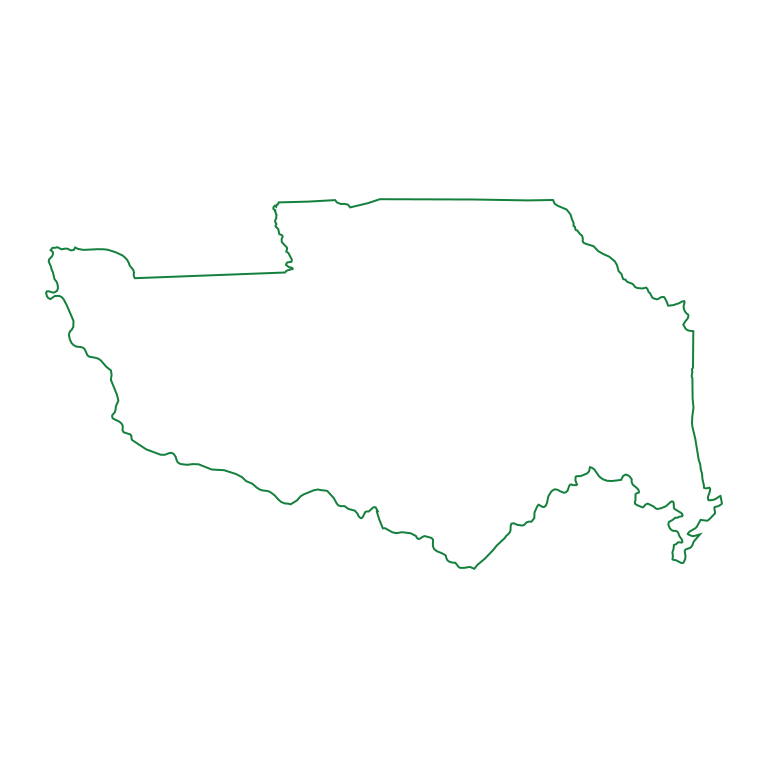 Mopeia, Zambezia, Mozambique (Albers equal-area conic projection)
{"feature_id": "85939544B50332228011696", "entity_name": "Mopeia", "entity_type": "district", "adm_level": 2, "iso_a3": "MOZ", "parent_name": "Mozambique", "parent_adm1": "Zambezia", "projection": "albers", "projection_center": [36.206, -17.867], "detail": "fine", "context": "isolated", "style": "outline", "palette": "green", "viewbox_px": 768, "rotation_deg": 0, "n_neighbors": 0, "source": "geoboundaries", "source_scale": "gbopen_adm2", "svg_char_len": 6069}
<svg xmlns="http://www.w3.org/2000/svg" viewBox="0 0 768 768"><path d="M115.6,409.6L114.8,412.2L112.2,415.3L112.3,417.5L113.1,418.6L119.2,421.6L121.4,423.4L122.4,425.1L122.8,426.6L122.5,430.3L123.7,432.3L130.2,434.4L131.2,435.5L131.7,439.4L132.3,440.2L146.3,449.4L160.6,454.7L164.8,454.8L169.5,453.0L171.4,452.9L172.6,453.3L173.9,454.2L175.7,456.9L176.7,460.3L177.7,462.3L180.4,464.0L187.0,464.8L192.8,464.1L198.6,464.3L211.7,469.5L224.1,470.2L235.9,474.0L242.1,477.2L246.1,481.1L252.3,483.7L256.6,487.5L259.7,489.5L262.4,490.4L267.4,491.0L270.0,491.9L274.4,495.1L278.3,499.5L281.1,501.9L284.6,503.4L288.3,503.7L290.7,504.3L297.1,500.3L300.7,496.2L303.7,494.4L313.7,490.3L317.8,489.5L322.0,490.3L325.9,490.6L327.4,491.1L333.7,498.0L336.7,503.4L338.2,505.3L340.6,506.1L344.6,506.1L348.3,508.9L354.9,510.7L357.5,513.7L358.8,516.6L360.4,517.9L361.6,518.1L362.7,517.2L365.2,512.1L366.7,511.4L368.7,511.5L372.9,507.7L374.4,507.1L375.7,507.4L377.4,510.6L376.9,510.4L376.8,511.5L379.1,519.0L382.8,528.3L385.0,528.2L392.2,532.2L395.3,533.0L397.3,533.0L401.9,532.2L410.5,533.2L415.8,535.9L417.2,538.2L418.5,539.0L420.0,538.6L423.0,536.6L424.8,536.1L431.4,537.9L433.0,539.5L432.9,546.1L434.1,549.0L436.8,551.2L442.3,553.4L445.3,555.1L445.8,555.7L446.3,558.0L447.3,560.1L448.9,561.5L451.8,562.5L455.4,562.8L458.5,566.8L459.5,567.6L460.9,567.9L464.0,567.9L469.9,566.9L474.3,568.8L477.4,564.9L484.8,558.7L493.2,550.0L496.7,545.6L504.7,538.1L506.3,535.8L508.5,534.0L509.9,532.0L510.5,530.4L510.7,525.6L511.5,523.6L513.8,523.3L517.2,524.8L522.4,525.6L524.3,524.8L526.5,522.4L528.6,521.7L531.4,521.7L534.3,518.1L534.5,512.4L537.3,506.2L538.6,504.7L542.7,507.0L544.4,506.9L546.0,505.4L547.1,502.4L548.3,496.4L550.9,492.1L552.2,490.7L554.2,489.5L555.1,489.3L557.9,489.9L560.0,491.2L563.2,492.5L564.3,492.7L565.7,492.4L567.6,490.6L569.1,486.2L570.0,484.8L571.5,484.4L573.2,485.2L576.4,485.1L577.0,484.6L575.4,480.3L575.7,476.7L576.7,476.2L580.6,476.1L586.8,473.6L589.0,471.5L590.0,467.2L591.8,467.7L594.3,469.4L598.7,475.8L600.4,477.5L603.2,479.4L607.2,480.8L612.1,481.0L621.1,479.9L623.2,475.9L625.5,474.6L627.0,474.9L629.4,476.2L631.7,479.2L631.6,481.7L632.7,484.6L637.5,488.6L638.4,489.9L639.0,491.6L638.8,492.6L636.2,493.5L635.5,494.4L635.5,499.7L634.8,502.9L635.2,503.9L637.7,505.4L642.7,507.4L643.4,507.1L645.5,504.6L647.8,503.6L653.8,506.6L655.6,508.4L657.1,509.0L660.9,508.3L664.9,506.7L666.2,506.0L671.1,501.6L672.3,501.4L673.3,502.0L673.7,503.1L673.9,507.8L674.5,508.9L681.2,513.0L682.2,514.0L682.6,515.5L682.2,516.2L679.1,516.8L677.1,517.8L675.3,517.7L672.6,519.9L668.9,522.0L668.3,524.7L670.0,528.6L671.8,530.2L672.9,530.8L675.8,530.9L677.5,531.8L678.5,533.5L679.2,535.8L681.9,539.6L682.4,541.9L681.7,542.6L678.2,542.2L676.2,544.1L673.9,545.0L673.5,549.1L672.4,552.5L672.9,556.0L672.5,559.3L673.2,559.8L676.2,560.3L681.3,563.0L682.8,563.0L683.7,562.3L685.2,559.1L685.5,556.0L684.7,551.4L684.9,550.4L686.1,549.2L690.0,547.9L691.3,546.9L692.3,545.3L693.8,541.5L699.9,534.4L694.6,535.9L692.3,536.1L689.6,535.1L687.8,534.1L688.3,533.0L689.6,531.6L694.8,528.6L696.6,527.1L700.6,519.9L706.7,520.7L707.9,520.4L709.2,519.4L714.9,513.5L715.0,511.9L714.3,508.4L714.8,507.0L718.1,506.2L719.7,505.3L721.5,504.2L721.9,503.1L720.5,496.0L719.5,496.3L715.6,499.0L712.7,500.0L708.8,500.3L708.1,499.4L707.9,497.0L709.7,492.1L710.2,488.9L709.4,487.7L705.9,488.4L704.1,487.9L703.8,484.9L702.5,479.4L702.0,473.6L700.9,469.8L700.1,463.9L698.7,459.8L695.3,438.9L692.4,426.8L692.0,423.1L692.3,416.3L693.5,407.7L692.6,398.3L692.4,378.1L691.8,377.1L691.7,375.6L692.3,372.3L692.0,369.2L693.0,367.7L693.0,366.9L693.3,331.2L689.2,330.7L687.1,330.0L685.4,328.4L683.3,324.6L685.6,320.9L687.2,319.2L688.0,317.7L688.4,315.8L688.2,314.7L686.4,313.3L684.9,311.4L683.8,308.5L683.6,306.1L684.6,302.4L684.2,301.1L681.8,301.6L679.1,303.2L673.4,305.1L668.5,305.7L668.0,305.5L667.2,302.8L664.8,298.0L663.8,296.9L661.1,297.2L657.7,299.2L656.6,299.3L653.1,298.2L651.9,296.9L650.0,293.1L648.6,292.1L647.5,289.1L646.2,287.6L642.3,288.5L637.1,288.0L634.7,286.7L633.6,284.9L632.4,283.8L627.9,282.1L626.7,281.4L625.5,279.7L623.4,279.2L622.9,278.6L621.5,274.1L618.6,271.1L616.9,264.9L614.7,261.2L609.1,256.6L603.4,254.1L598.3,251.2L593.6,246.2L585.8,243.8L583.5,242.7L582.7,241.2L582.8,238.3L582.1,235.8L579.8,233.8L577.3,230.5L575.9,230.1L575.4,229.4L574.9,226.8L573.5,225.9L573.7,223.3L571.8,218.8L570.7,214.9L570.1,213.9L566.6,209.5L558.2,206.0L555.1,204.1L554.5,203.4L553.0,200.0L527.6,200.4L473.7,199.5L379.9,199.2L368.1,203.1L350.2,207.4L348.0,204.7L344.8,203.9L340.8,204.0L336.9,202.4L335.1,200.1L308.5,201.6L278.7,202.4L277.9,204.4L276.9,204.6L276.6,205.0L276.2,206.7L275.0,205.7L273.6,207.0L273.3,208.3L273.7,209.4L275.2,210.1L275.0,211.4L275.6,212.0L276.0,214.3L276.6,215.1L276.2,216.5L276.3,218.1L275.1,220.6L275.3,222.3L276.3,223.8L276.3,224.6L275.5,225.7L275.7,226.5L278.2,229.0L279.4,234.2L281.7,235.0L282.5,235.9L282.6,236.9L281.6,239.1L281.8,242.1L286.8,247.4L287.1,248.7L286.3,251.7L288.3,252.9L291.9,259.7L291.4,261.8L287.5,262.4L286.6,263.1L286.0,264.9L288.9,267.1L291.7,267.7L292.5,268.2L292.7,268.9L287.5,270.4L286.0,271.2L285.1,272.5L134.8,278.2L133.8,275.9L133.7,273.9L134.1,272.6L133.2,269.8L129.8,265.7L128.7,262.7L127.0,259.7L124.4,257.0L122.4,255.4L115.8,252.3L108.0,249.8L103.8,249.3L97.4,249.2L83.5,249.9L77.9,248.9L75.2,247.5L73.8,249.9L71.0,250.4L67.4,248.7L65.5,248.6L61.5,249.3L57.4,247.2L55.2,247.8L52.5,247.8L50.6,250.2L52.2,251.4L52.9,252.3L52.9,254.3L52.2,256.1L49.1,259.4L48.7,261.6L51.0,266.7L51.7,269.8L52.9,272.3L54.5,279.2L56.5,281.6L57.3,283.5L57.9,286.5L57.8,288.9L56.8,291.1L54.1,292.5L52.6,292.5L48.9,291.3L46.8,291.4L46.1,292.9L46.9,296.2L48.2,298.0L50.4,299.1L54.8,296.0L59.3,295.9L61.5,297.0L63.4,298.9L66.7,305.1L73.5,320.9L73.3,326.8L71.9,329.5L70.2,331.2L69.2,333.2L69.0,335.3L69.8,339.2L71.5,343.0L73.5,345.0L75.9,346.5L81.0,347.1L83.0,347.7L84.7,349.2L87.5,355.4L89.3,356.7L95.6,357.8L98.5,358.8L100.9,360.5L106.2,366.7L110.9,370.4L111.6,374.6L110.9,379.9L116.8,394.3L118.1,399.2L118.3,400.9L115.9,406.2L115.6,409.6Z" fill="none" stroke="#15803d" stroke-width="2"/></svg>